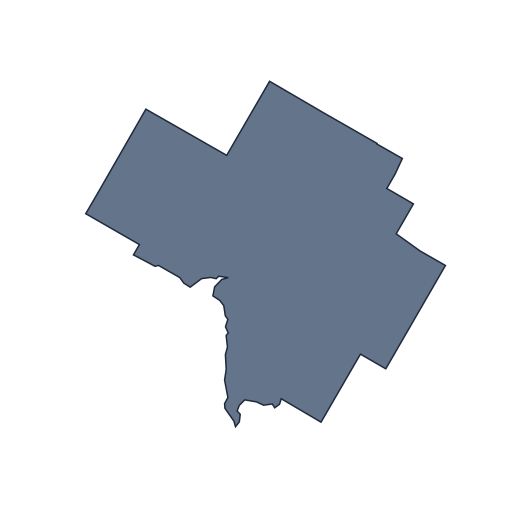 Butte, Idaho, United States of America (Robinson projection), rotated 300°
{"feature_id": "52423323B97666997911945", "entity_name": "Butte", "entity_type": "district", "adm_level": 2, "iso_a3": "USA", "parent_name": "United States of America", "parent_adm1": "Idaho", "projection": "robinson", "projection_center": [-113.393, 43.759], "detail": "fine", "context": "isolated", "style": "filled", "palette": "slate", "viewbox_px": 512, "rotation_deg": 300, "n_neighbors": 0, "source": "geoboundaries", "source_scale": "gbopen_adm2", "svg_char_len": 910}
<svg xmlns="http://www.w3.org/2000/svg" viewBox="0 0 512 512"><g transform="rotate(300 256 256)"><path d="M97.9,323.6L104.0,324.5L111.0,321.5L112.3,317.2L118.2,316.2L125.8,318.2L129.9,329.4L130.6,337.2L136.0,344.1L133.9,348.1L139.4,350.5L145.0,349.2L144.6,395.4L223.2,395.5L223.2,424.8L325.2,424.8L342.5,424.8L342.4,395.4L345.3,366.3L379.8,366.3L379.9,335.5L396.5,335.5L413.6,334.0L413.4,304.5L414.0,304.5L413.8,242.3L414.1,180.4L328.5,180.3L328.1,87.2L235.0,87.5L207.5,87.4L207.6,149.3L195.7,149.3L196.6,173.7L199.1,176.3L199.2,200.8L196.4,207.1L196.1,214.6L209.2,220.2L214.8,227.5L216.4,232.8L219.9,233.9L223.4,242.8L218.6,238.1L208.6,235.6L199.9,238.6L199.4,246.9L196.9,252.9L188.9,259.3L187.0,263.3L179.4,265.0L175.5,270.4L172.2,269.9L162.9,276.8L155.3,278.8L142.9,286.9L132.9,290.8L119.4,302.4L112.5,302.6L108.6,305.2L101.9,319.5L97.9,323.6Z" fill="#64748b" stroke="#1e293b" stroke-width="1.5"/></g></svg>